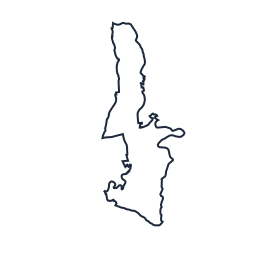 Cuci, Mures, Romania, rotated 155°
{"feature_id": "2599482B99842368933543", "entity_name": "Cuci", "entity_type": "district", "adm_level": 2, "iso_a3": "ROU", "parent_name": "Romania", "parent_adm1": "Mures", "projection": "equal_earth", "projection_center": [24.16, 46.44], "detail": "fine", "context": "isolated", "style": "outline", "palette": "slate", "viewbox_px": 256, "rotation_deg": 155, "n_neighbors": 0, "source": "geoboundaries", "source_scale": "gbopen_adm2", "svg_char_len": 5707}
<svg xmlns="http://www.w3.org/2000/svg" viewBox="0 0 256 256"><g transform="rotate(155 128 128)"><path d="M97.2,229.4L99.8,225.0L100.1,225.0L100.8,225.2L100.9,222.7L101.3,221.3L102.0,220.5L104.0,217.4L103.6,217.3L104.6,216.0L104.7,215.9L105.0,214.5L105.1,213.0L105.5,211.4L105.5,211.1L105.3,210.5L105.3,209.2L105.7,206.9L105.8,206.4L106.5,205.3L107.7,203.8L107.8,202.3L108.5,199.1L108.5,197.0L108.1,195.9L108.3,195.3L108.1,194.9L107.3,194.4L107.5,193.1L108.5,192.7L108.9,192.3L109.3,192.2L109.8,191.8L110.8,190.4L111.7,189.5L111.7,188.9L112.5,188.1L113.2,186.3L113.2,186.1L113.5,185.5L113.7,184.8L114.3,183.7L114.3,182.8L114.6,182.0L114.5,179.7L115.0,178.6L115.0,177.6L115.4,176.2L115.7,175.8L116.2,175.4L116.4,174.9L116.7,174.6L120.9,164.4L123.9,165.2L124.3,164.5L124.4,163.3L125.5,163.6L125.9,162.6L126.0,161.7L125.9,161.2L126.0,160.5L126.7,158.8L127.8,157.1L128.5,156.4L129.9,155.4L132.9,153.6L137.6,150.6L139.5,148.8L139.5,148.3L140.4,147.1L141.2,146.2L142.6,145.1L143.4,144.9L146.5,140.2L148.8,137.4L149.2,135.9L149.4,135.4L151.6,133.8L154.0,131.6L155.4,129.6L153.3,129.2L152.3,128.9L151.1,128.4L150.8,128.4L148.8,127.5L145.9,126.5L144.6,126.4L135.2,124.6L136.2,120.8L136.6,117.6L136.4,114.4L136.4,113.3L136.5,112.7L137.3,110.2L138.5,107.5L138.9,106.5L138.9,106.2L140.0,104.0L140.8,104.3L141.3,101.9L141.8,98.3L147.0,100.2L146.9,93.8L145.9,94.2L146.0,94.6L145.5,94.8L145.4,94.6L144.2,95.1L143.3,93.3L144.1,93.0L143.8,92.5L142.1,93.2L141.6,93.9L141.0,93.2L142.8,90.4L144.4,89.2L145.7,88.7L145.4,88.2L146.2,87.9L146.2,88.0L146.7,87.8L146.9,88.2L148.3,87.6L148.4,87.3L148.9,87.4L149.4,87.5L149.5,87.2L151.3,87.9L152.6,88.1L153.5,87.8L153.9,87.4L154.3,86.6L154.6,85.6L154.6,84.6L154.4,83.8L153.2,81.8L153.0,81.0L153.0,80.4L153.1,80.0L153.7,79.3L156.8,77.1L157.7,75.7L158.3,75.2L158.8,74.9L159.4,74.9L159.6,75.1L159.6,75.4L158.4,77.7L158.4,78.3L158.6,78.8L159.1,79.4L159.9,79.6L160.4,79.7L160.9,79.5L162.6,78.8L163.6,78.6L164.2,78.6L165.1,79.0L165.9,79.3L166.2,79.7L166.1,80.2L166.0,80.4L164.5,81.0L164.1,81.3L163.4,82.2L163.3,82.7L163.3,83.4L163.6,84.5L164.7,86.0L165.4,86.5L166.3,86.6L166.7,86.6L167.9,86.0L168.5,85.5L169.0,84.9L170.0,82.9L171.6,81.0L172.9,79.9L173.7,79.6L174.6,79.6L175.3,80.1L175.6,80.7L176.1,80.5L175.9,80.1L176.2,77.3L175.7,77.2L176.4,74.5L176.9,72.8L177.1,72.0L176.9,70.8L176.2,70.5L175.5,69.6L174.9,69.4L174.3,69.4L173.3,68.9L172.3,69.3L171.5,69.1L171.7,68.4L171.7,68.1L170.5,66.8L170.3,66.1L170.2,64.6L172.1,63.2L169.3,60.4L167.8,58.8L166.9,58.2L164.7,56.5L164.2,55.5L162.6,54.3L161.2,53.3L159.9,51.9L159.2,51.4L157.4,50.3L156.6,49.6L154.7,46.5L154.3,45.7L153.8,43.6L153.2,42.8L152.9,41.9L152.1,41.4L150.8,39.4L150.6,38.7L150.5,37.3L150.3,36.5L149.0,35.0L148.6,33.7L147.7,32.1L147.2,31.7L146.5,30.7L146.3,30.0L145.2,28.8L144.1,28.0L143.0,27.7L141.3,26.7L140.4,26.6L139.7,26.8L138.0,27.4L136.2,28.5L136.9,29.4L136.9,30.6L136.1,32.4L134.4,34.9L134.8,35.7L134.8,36.4L134.2,38.2L132.9,40.6L131.9,41.6L130.9,42.1L130.8,42.5L130.9,43.9L130.5,44.5L129.0,46.4L125.9,49.5L125.7,50.3L125.7,50.8L126.4,52.3L126.7,52.4L126.7,54.3L123.7,56.9L122.3,58.3L122.3,59.1L122.5,59.9L122.3,60.8L121.6,61.9L121.3,62.7L119.1,66.9L119.2,67.4L118.2,67.8L115.1,68.4L114.6,68.7L114.1,69.1L113.3,70.0L112.2,72.0L111.8,72.6L110.1,74.3L106.8,77.9L106.2,78.3L105.3,78.6L101.5,79.6L101.0,79.8L100.7,80.2L100.6,80.5L100.8,81.3L101.7,83.1L101.9,83.7L101.9,84.4L101.7,85.9L100.5,91.1L100.6,91.6L101.2,93.1L102.5,94.4L104.0,95.3L107.2,97.1L108.1,97.9L108.2,98.3L108.3,99.3L108.0,100.2L107.7,100.5L106.4,101.4L102.8,102.8L101.3,103.0L99.4,102.9L96.5,103.3L93.7,103.5L92.8,103.4L91.8,103.2L91.2,102.9L90.6,102.5L87.9,100.0L86.3,98.9L85.2,98.2L84.2,97.8L83.2,97.8L81.7,98.0L80.6,98.3L79.8,98.8L79.2,99.2L78.9,100.2L79.0,101.3L79.5,102.9L80.7,104.8L81.2,105.2L82.0,105.7L83.2,106.0L87.7,106.3L88.6,106.5L89.1,107.1L89.5,109.0L90.2,110.1L93.6,113.2L100.9,115.8L101.5,116.2L101.8,116.6L102.0,117.1L102.0,117.8L101.8,119.6L101.5,120.2L100.8,121.1L99.9,121.8L99.0,122.2L97.3,122.4L97.7,123.0L98.2,123.6L98.4,124.2L98.8,125.0L98.9,125.5L99.4,125.9L99.4,126.2L98.8,126.4L98.3,126.7L97.1,126.9L96.4,126.7L96.4,127.2L96.7,127.7L97.3,128.6L98.1,129.1L99.0,129.4L99.1,130.3L99.7,130.6L101.4,130.0L103.4,129.6L103.1,128.2L102.4,127.2L101.5,126.4L101.7,125.8L102.7,124.9L105.7,123.7L106.3,123.6L107.3,122.8L108.3,122.4L109.8,122.3L112.0,122.3L114.2,122.5L114.7,122.5L116.1,122.9L115.7,123.2L117.0,123.7L115.1,126.5L113.7,126.0L113.2,126.8L116.6,128.1L114.8,133.2L113.8,135.8L113.0,137.3L112.6,137.8L111.4,138.8L109.5,140.0L107.2,140.6L106.0,141.2L103.8,142.6L101.3,145.6L100.5,147.1L100.3,147.6L100.3,148.3L100.0,148.9L99.6,150.0L99.6,151.6L99.9,153.9L99.7,154.9L99.5,155.0L99.2,155.1L98.4,155.1L97.8,155.1L97.2,157.0L97.4,157.5L97.2,157.6L97.0,158.2L97.4,158.7L98.5,159.1L97.6,161.6L97.5,162.2L97.6,162.9L97.6,163.2L97.4,163.2L97.5,163.0L97.0,162.2L96.6,161.9L96.0,161.8L95.6,161.2L94.5,163.2L94.7,163.4L94.8,163.9L94.8,164.0L94.7,164.1L94.3,164.0L94.1,164.1L94.0,164.6L93.7,164.7L93.1,164.6L92.2,165.9L92.3,166.1L92.5,166.1L92.4,166.5L92.9,166.5L92.9,166.8L92.0,166.9L91.9,166.7L91.8,167.0L91.6,167.1L91.5,167.3L91.1,167.5L91.2,168.0L91.8,168.2L92.3,169.0L92.4,170.2L93.2,172.1L93.3,172.5L93.2,172.9L92.0,174.4L90.4,175.8L87.8,177.7L86.0,178.7L84.9,180.4L84.4,181.4L83.6,184.6L83.5,185.8L83.0,187.4L82.6,188.5L82.5,190.8L82.3,191.3L81.9,193.3L82.3,196.2L82.2,196.8L82.2,198.5L82.7,200.3L83.2,201.4L83.4,202.4L83.8,203.3L83.9,203.8L83.8,204.4L82.0,205.8L81.0,207.3L80.7,207.8L80.5,208.8L80.5,210.5L80.4,212.0L81.7,220.9L82.4,221.4L83.0,222.2L83.7,222.6L85.6,223.3L86.6,224.1L87.4,224.8L88.4,225.5L88.9,225.5L91.6,225.4L92.8,225.6L93.6,225.9L94.9,226.8L96.9,228.9L97.2,229.4Z" fill="none" stroke="#1e293b" stroke-width="2"/></g></svg>